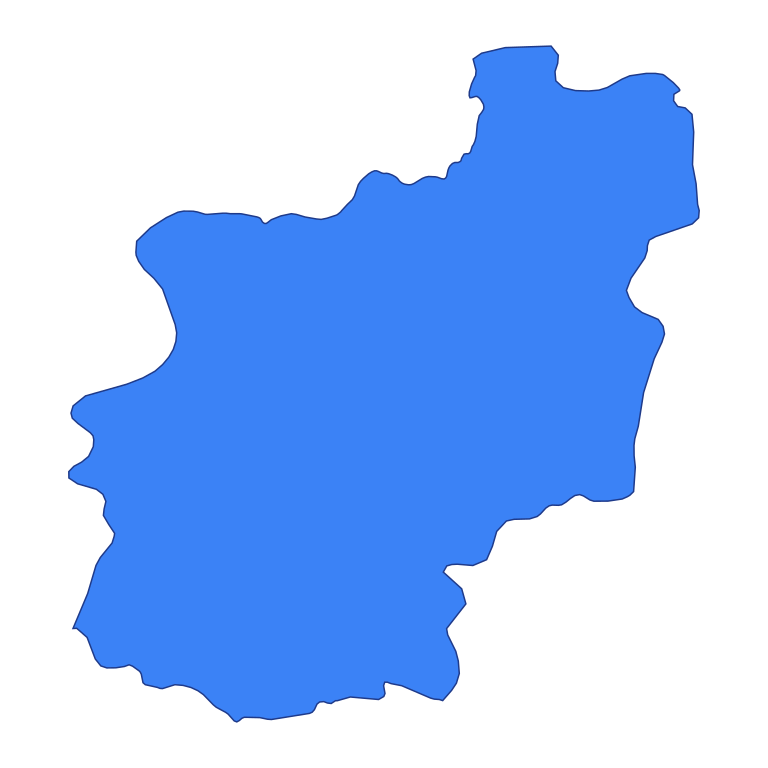 an SVG outline of Cuanza Norte
{"feature_id": "AGO-1878", "entity_name": "Cuanza Norte", "entity_type": "Province", "adm_level": 1, "iso_a3": "AGO", "parent_name": "Angola", "parent_adm1": "", "projection": "albers", "projection_center": [14.948, -8.858], "detail": "fine", "context": "isolated", "style": "filled", "palette": "blue", "viewbox_px": 768, "rotation_deg": 0, "n_neighbors": 0, "source": "natural_earth", "source_scale": "10m", "svg_char_len": 3744}
<svg xmlns="http://www.w3.org/2000/svg" viewBox="0 0 768 768"><path d="M551.1,46.1L558.3,55.2L557.7,63.3L555.0,71.6L555.8,80.8L563.3,87.7L575.5,90.6L588.6,91.0L599.0,90.1L607.3,87.5L622.1,79.1L629.8,75.8L646.3,73.4L655.3,73.4L662.7,74.5L664.5,75.5L673.3,82.6L678.6,88.1L679.8,90.0L679.5,90.8L673.9,94.3L673.6,100.8L677.7,106.5L685.2,107.9L692.0,114.3L693.7,132.1L693.1,147.8L692.5,164.7L696.1,183.8L697.6,204.4L699.2,210.5L698.6,217.8L692.3,223.9L655.8,236.5L649.2,240.1L647.4,245.7L647.2,250.6L644.8,258.0L631.0,278.2L626.4,290.4L629.0,297.5L634.5,306.9L642.1,312.6L658.2,319.4L663.1,326.3L664.5,334.0L661.9,342.3L654.2,358.8L643.6,392.6L638.3,426.2L634.8,438.8L634.0,445.4L634.1,455.7L635.3,467.2L633.6,491.6L629.9,495.2L627.4,496.7L622.2,499.0L608.0,501.1L593.9,501.2L590.0,500.0L583.4,495.9L579.7,494.6L574.9,495.5L570.4,498.5L566.0,502.1L561.6,504.8L558.5,505.3L552.2,505.1L549.2,505.8L545.8,508.1L540.4,514.0L537.2,516.5L529.5,518.9L514.1,519.3L506.4,521.0L496.7,531.4L492.4,546.3L486.6,559.7L472.9,565.5L457.2,564.2L451.8,564.5L446.8,565.9L443.3,572.1L461.7,588.8L465.9,603.9L457.2,615.0L446.6,628.6L447.7,634.9L455.8,651.3L458.3,661.0L459.3,673.5L456.4,683.2L451.6,690.4L442.7,700.6L439.3,699.5L434.2,699.1L430.6,698.1L401.7,685.7L391.0,683.6L387.4,682.2L384.7,682.2L383.6,685.7L385.0,693.5L383.8,696.5L378.6,699.5L350.3,697.0L337.3,700.7L335.5,700.7L331.2,703.5L327.4,703.0L323.8,701.6L319.6,702.0L317.0,704.1L314.4,709.7L312.2,712.2L309.5,713.4L271.4,719.5L267.4,719.2L259.8,717.6L246.5,717.3L244.2,717.3L241.9,718.3L239.4,720.5L236.8,721.9L234.2,720.9L228.1,714.1L225.6,712.3L216.3,707.3L213.3,704.8L203.4,694.6L197.9,690.7L191.0,687.5L183.1,685.4L174.9,684.7L162.5,688.6L160.0,688.4L157.4,687.4L145.3,684.7L143.0,682.7L141.3,674.2L140.3,672.2L139.4,671.1L132.6,666.2L129.1,664.8L124.4,666.5L115.8,667.8L106.8,667.9L100.8,665.9L95.3,659.0L87.1,637.4L76.7,628.3L73.0,628.5L87.7,593.5L96.0,565.4L100.3,557.5L112.1,543.0L114.2,536.2L114.6,533.3L108.7,524.4L103.4,515.4L104.1,509.0L105.9,501.4L102.9,494.3L96.4,489.3L77.6,483.8L68.9,478.0L68.8,471.6L73.9,466.3L81.5,462.2L88.6,456.4L93.3,446.7L93.8,439.7L93.0,435.8L90.3,432.7L78.0,423.5L72.3,418.2L71.0,413.1L73.1,405.9L85.5,395.9L126.8,384.2L142.7,378.0L155.0,371.2L162.6,364.6L168.8,357.2L173.3,349.4L175.9,341.4L176.7,332.9L175.2,324.6L162.6,289.0L153.8,278.2L144.3,269.4L138.7,261.3L136.2,255.4L135.9,252.2L136.7,241.2L150.5,227.8L166.4,217.6L177.9,212.2L183.7,211.1L193.1,211.2L197.5,212.0L205.2,214.3L207.3,214.4L222.9,213.2L226.1,213.2L230.4,213.7L239.8,213.7L241.9,213.9L256.9,216.9L258.7,217.5L260.1,218.3L260.9,219.3L262.5,222.1L264.3,223.4L266.1,223.5L267.6,222.6L271.3,219.7L280.9,215.9L291.3,213.7L296.3,214.4L305.1,217.0L316.6,219.0L321.2,219.4L327.0,218.2L336.7,215.0L338.3,213.9L340.7,211.9L341.6,210.7L347.4,204.4L352.3,199.7L354.5,196.0L358.3,184.7L360.6,181.3L363.5,178.3L368.7,173.8L371.8,171.9L374.5,170.8L376.6,170.8L378.3,171.4L381.7,173.0L383.8,173.5L386.6,173.3L388.7,173.7L392.4,175.1L395.6,176.9L397.0,178.0L398.2,179.3L399.2,180.8L400.5,182.0L402.4,183.3L404.7,184.2L408.6,184.8L411.2,184.6L414.0,183.5L422.3,178.4L425.5,177.1L428.6,176.5L435.4,176.8L437.4,177.2L441.5,178.7L444.1,179.0L445.6,178.1L446.6,176.5L448.0,170.2L448.8,168.0L450.0,165.9L452.4,163.5L454.8,162.5L458.1,162.5L459.9,161.7L461.0,160.7L461.6,158.3L464.0,154.2L464.7,154.0L466.4,153.7L468.0,153.8L469.6,153.1L470.7,151.4L472.2,146.4L473.4,144.7L474.9,141.4L476.2,136.4L477.3,124.2L479.2,115.6L481.7,112.4L483.6,109.3L483.9,107.0L483.4,104.2L480.8,99.8L478.9,97.7L477.0,96.4L475.2,96.5L471.8,97.6L470.0,97.8L469.2,95.7L469.3,91.9L471.6,83.9L474.6,77.3L475.6,75.7L476.1,70.6L473.1,59.1L481.6,53.2L505.3,47.6L544.6,46.3L551.1,46.1Z" fill="#3b82f6" stroke="#1e3a8a" stroke-width="1.5"/></svg>